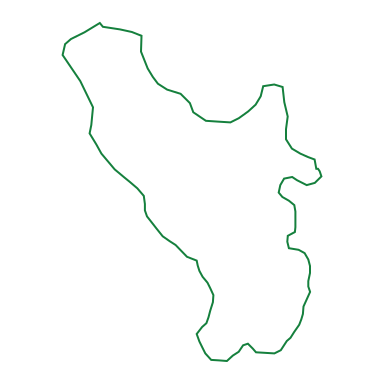 Hadong-gun, South Gyeongsang, South Korea (Mercator projection)
{"feature_id": "91817680B17319558643664", "entity_name": "Hadong-gun", "entity_type": "district", "adm_level": 2, "iso_a3": "KOR", "parent_name": "South Korea", "parent_adm1": "South Gyeongsang", "projection": "mercator", "projection_center": [127.804, 35.134], "detail": "fine", "context": "isolated", "style": "outline", "palette": "green", "viewbox_px": 384, "rotation_deg": 0, "n_neighbors": 0, "source": "geoboundaries", "source_scale": "gbopen_adm2", "svg_char_len": 1499}
<svg xmlns="http://www.w3.org/2000/svg" viewBox="0 0 384 384"><path d="M99.8,23.0L84.5,32.3L71.0,39.0L65.1,44.1L62.6,55.0L80.3,81.1L93.0,107.3L91.3,125.0L89.6,133.4L96.3,144.4L101.4,153.6L114.7,169.4L124.4,177.5L129.8,181.9L137.3,188.3L143.8,195.9L144.9,204.0L144.9,210.4L147.0,216.4L156.7,228.8L162.7,236.3L169.7,241.2L175.6,245.0L187.0,256.8L196.7,260.6L197.7,265.5L199.4,270.9L202.6,276.8L207.5,282.7L210.2,288.1L213.4,295.1L212.9,302.2L210.2,310.8L208.5,317.3L206.4,323.2L202.1,327.0L196.7,334.0L199.4,341.5L202.6,348.0L205.3,353.4L211.2,359.9L219.3,360.4L226.9,361.0L232.8,355.6L238.7,351.8L243.1,345.3L247.9,343.7L252.8,348.6L256.0,352.3L274.4,353.4L280.8,350.2L286.8,341.0L290.5,337.8L294.3,331.8L299.2,324.8L301.3,319.4L302.9,314.0L303.5,306.5L310.1,291.9L308.3,286.5L308.3,281.1L310.0,273.0L310.0,266.0L308.3,259.5L304.6,253.1L298.6,249.8L288.9,248.2L287.3,241.7L287.8,235.8L294.9,232.0L295.4,227.2L295.4,211.5L294.3,205.1L288.9,200.7L282.4,197.0L278.7,192.6L280.3,185.1L284.1,178.6L292.2,177.0L297.0,180.2L306.7,185.1L314.8,182.9L321.4,176.4L319.7,171.3L318.0,168.8L316.3,168.8L314.6,159.5L307.9,157.0L300.3,153.6L291.9,148.6L286.0,139.3L286.0,129.2L287.7,116.5L284.3,102.2L282.6,87.0L274.2,84.5L263.2,86.2L260.7,96.3L255.6,104.7L248.1,111.5L238.8,118.2L230.4,122.4L217.7,121.6L205.9,120.8L193.3,112.3L189.9,103.1L180.6,93.8L167.1,89.6L157.9,83.7L152.8,76.9L147.7,68.5L141.0,51.6L141.5,35.8L131.9,32.0L120.0,29.4L102.9,26.8L99.8,23.0Z" fill="none" stroke="#15803d" stroke-width="2"/></svg>